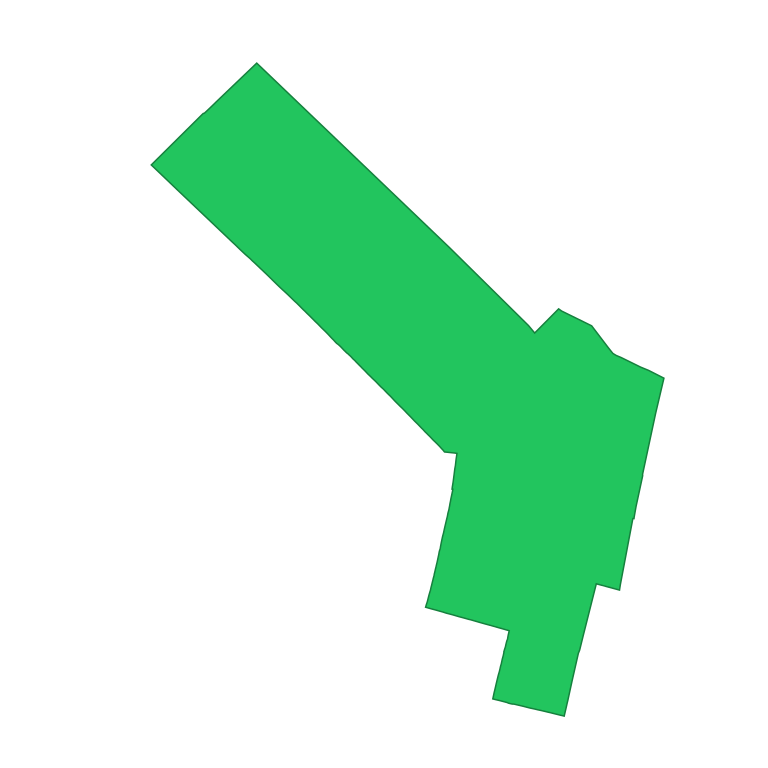 outline of Visina Noua, Olt, Romania, rotated 12°
{"feature_id": "2599482B97404660880396", "entity_name": "Visina Noua", "entity_type": "district", "adm_level": 2, "iso_a3": "ROU", "parent_name": "Romania", "parent_adm1": "Olt", "projection": "albers", "projection_center": [24.398, 43.872], "detail": "fine", "context": "isolated", "style": "filled", "palette": "green", "viewbox_px": 768, "rotation_deg": 12, "n_neighbors": 0, "source": "geoboundaries", "source_scale": "gbopen_adm2", "svg_char_len": 3649}
<svg xmlns="http://www.w3.org/2000/svg" viewBox="0 0 768 768"><g transform="rotate(12 384 384)"><path d="M629.3,671.4L629.4,666.5L629.5,660.4L629.5,658.6L629.6,655.2L629.6,654.0L629.7,635.6L630.1,607.0L630.7,603.6L631.2,588.1L633.2,535.3L657.2,536.6L656.9,531.1L655.4,463.9L656.5,463.7L656.4,462.9L656.0,451.2L656.1,421.6L656.1,420.0L655.7,418.5L655.8,355.9L656.5,324.4L656.6,320.1L640.1,315.7L631.4,314.1L610.5,308.8L605.2,307.8L601.5,306.5L595.9,301.9L575.0,283.9L542.6,275.7L539.2,274.2L520.8,302.8L513.2,296.8L420.4,237.4L260.7,138.6L192.8,96.6L161.5,142.5L159.6,145.4L153.6,154.2L151.9,156.6L151.0,156.9L150.3,157.9L147.8,161.7L110.8,218.1L141.7,237.2L205.9,276.6L209.1,278.5L215.8,282.7L218.1,284.1L221.4,286.1L223.9,287.5L227.0,289.2L229.9,291.1L230.5,291.4L234.3,293.7L239.3,296.8L244.4,299.9L248.6,302.5L251.4,304.3L253.9,305.9L256.1,307.3L258.3,308.7L261.5,310.7L264.5,312.5L266.0,313.4L268.9,315.1L270.9,316.3L274.6,318.6L276.8,320.0L279.7,321.8L281.8,323.0L283.5,324.1L284.9,325.0L287.0,326.4L289.6,328.1L291.3,329.1L293.7,330.7L296.6,332.5L300.0,334.7L303.8,337.2L306.6,338.9L311.2,342.0L315.7,344.8L319.0,347.0L322.1,349.2L324.0,350.5L325.6,351.5L326.8,352.4L328.2,353.4L329.3,354.1L330.9,354.8L332.5,355.7L333.8,356.5L336.0,358.0L337.7,359.2L339.5,360.3L340.2,360.8L341.1,361.3L341.4,361.5L342.0,361.8L342.8,362.1L343.6,362.7L344.5,363.2L345.7,363.9L347.1,364.9L348.3,365.8L349.2,366.3L350.7,367.2L352.2,368.3L353.9,369.4L356.0,370.8L357.9,372.0L359.6,373.2L361.1,374.1L362.1,374.8L362.3,374.9L363.9,376.0L366.2,377.6L367.7,378.5L369.8,379.8L371.3,380.8L373.3,382.0L375.4,383.3L377.9,385.0L379.2,385.9L381.8,387.6L384.6,389.2L386.3,390.4L389.1,392.3L391.3,393.7L392.8,394.6L394.8,396.0L396.5,397.2L397.9,398.2L399.7,399.4L401.9,400.8L404.5,402.5L406.5,403.7L410.0,406.0L412.7,407.9L416.4,410.3L419.2,412.2L421.8,414.0L422.6,414.5L425.3,416.2L427.5,417.7L430.0,419.4L431.6,420.4L434.2,422.3L436.0,423.4L437.8,424.6L439.4,425.6L443.6,428.5L448.4,431.5L451.1,433.3L454.0,435.4L455.5,436.4L457.3,437.9L460.1,437.6L464.1,437.2L465.8,437.0L467.8,436.8L469.8,436.7L470.2,442.9L470.8,448.9L470.9,452.4L471.3,456.9L472.0,465.6L472.2,469.8L472.2,470.0L472.4,472.7L473.2,472.6L473.3,474.4L473.3,478.1L473.3,479.9L473.3,482.8L473.4,484.7L473.4,484.9L473.4,487.4L473.5,489.1L473.6,493.3L473.4,497.0L473.5,500.3L473.4,502.9L473.3,507.6L473.2,512.5L473.2,517.4L473.0,520.8L473.0,526.9L473.1,531.5L473.2,532.9L473.2,534.0L473.0,534.9L472.9,536.9L473.0,539.2L473.0,540.8L473.0,541.5L473.0,542.8L473.0,544.9L473.0,547.4L472.9,550.3L472.9,552.2L472.8,554.2L472.8,556.3L472.7,559.3L472.8,561.2L472.6,563.8L472.6,565.4L472.5,567.5L472.4,571.2L472.3,573.2L472.3,576.1L472.1,578.1L471.9,580.9L471.8,583.2L471.7,586.3L471.6,588.4L471.3,590.8L471.1,593.7L476.8,594.1L481.0,594.3L485.6,594.6L488.9,594.8L492.6,595.2L495.2,595.3L499.3,595.5L505.7,596.0L509.9,596.2L516.1,596.6L517.7,596.6L527.1,597.3L533.3,597.7L537.0,597.9L550.8,598.8L557.8,599.3L557.7,603.6L557.8,606.7L557.9,607.9L557.6,609.4L557.5,610.4L557.4,613.5L557.4,616.0L557.1,618.5L557.0,620.0L556.9,620.9L557.1,621.8L557.1,624.0L557.1,625.2L556.9,628.2L556.9,631.1L556.9,633.5L556.7,635.8L556.7,638.5L556.6,641.7L556.4,644.0L556.3,646.1L556.2,649.7L556.1,653.6L556.0,659.9L555.9,662.7L555.9,664.4L555.9,666.1L555.9,668.6L555.9,669.4L558.0,669.5L562.8,669.6L567.1,669.8L570.9,670.0L571.9,670.3L574.5,670.4L576.1,670.4L577.0,670.2L577.8,670.1L582.8,670.2L587.4,670.3L591.6,670.5L594.3,670.6L598.6,670.6L602.5,670.7L606.0,670.7L609.8,670.8L613.1,670.9L614.9,670.9L617.2,671.0L619.9,671.1L623.1,671.2L625.6,671.3L627.5,671.3L629.3,671.4Z" fill="#22c55e" stroke="#15803d" stroke-width="1.5"/></g></svg>